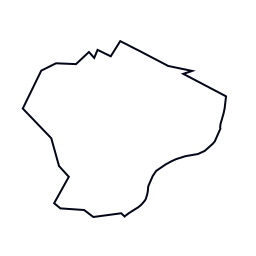 Oldham, Kentucky, United States of America (Albers equal-area conic projection), rotated 172°
{"feature_id": "52423323B72151792801838", "entity_name": "Oldham", "entity_type": "district", "adm_level": 2, "iso_a3": "USA", "parent_name": "United States of America", "parent_adm1": "Kentucky", "projection": "albers", "projection_center": [-85.487, 38.405], "detail": "fine", "context": "isolated", "style": "outline", "palette": "ink", "viewbox_px": 256, "rotation_deg": 172, "n_neighbors": 0, "source": "geoboundaries", "source_scale": "gbopen_adm2", "svg_char_len": 778}
<svg xmlns="http://www.w3.org/2000/svg" viewBox="0 0 256 256"><g transform="rotate(172 128 128)"><path d="M26.5,145.7L65.7,173.9L56.6,175.6L79.5,183.8L90.0,191.3L106.4,203.1L109.8,205.4L119.0,211.9L123.6,215.1L135.1,201.4L147.3,209.6L151.7,202.1L156.1,208.7L170.6,198.5L190.3,202.1L205.9,196.9L229.5,161.9L205.4,128.5L201.6,99.9L193.4,87.9L211.6,63.8L206.1,57.8L182.9,52.9L174.7,44.7L146.6,44.5L143.7,40.9L143.6,41.0L138.7,43.7L129.1,48.0L126.8,49.3L124.5,51.0L121.3,53.9L120.1,55.5L118.2,59.7L117.2,62.5L116.2,67.0L115.2,68.9L110.3,76.9L106.1,81.6L95.8,86.7L89.9,88.9L84.6,90.5L75.0,92.1L62.5,92.5L55.3,94.6L46.1,100.7L43.9,102.7L36.6,114.5L36.7,115.5L35.9,118.9L31.1,129.7L29.4,134.5L29.0,136.2L26.5,145.7L26.5,145.7Z" fill="none" stroke="#020617" stroke-width="2"/></g></svg>